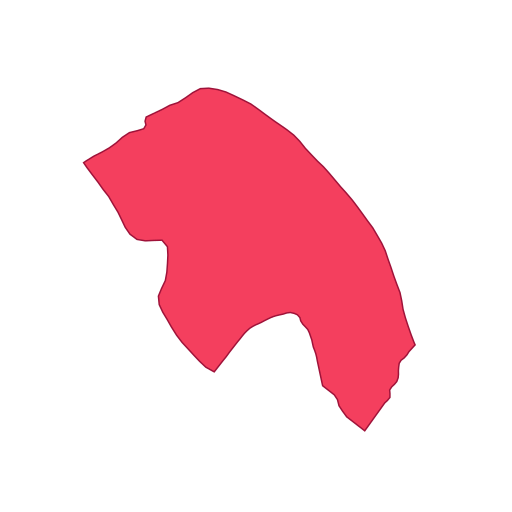 Bayhan, Shabwah, Yemen, rotated 308°
{"feature_id": "15242507B90213953607166", "entity_name": "Bayhan", "entity_type": "district", "adm_level": 2, "iso_a3": "YEM", "parent_name": "Yemen", "parent_adm1": "Shabwah", "projection": "albers", "projection_center": [45.708, 14.757], "detail": "fine", "context": "isolated", "style": "filled", "palette": "rose", "viewbox_px": 512, "rotation_deg": 308, "n_neighbors": 0, "source": "geoboundaries", "source_scale": "gbopen_adm2", "svg_char_len": 2216}
<svg xmlns="http://www.w3.org/2000/svg" viewBox="0 0 512 512"><g transform="rotate(308 256 256)"><path d="M185.2,449.3L219.5,447.9L223.0,448.5L227.0,448.6L230.1,446.2L232.7,443.8L236.6,443.5L240.2,444.1L243.8,444.2L247.5,443.0L250.5,441.1L253.2,438.9L256.5,436.7L259.6,434.9L263.2,434.5L266.9,435.5L271.1,435.8L274.8,435.4L283.9,436.1L285.2,433.7L289.5,426.6L294.4,419.0L299.3,411.7L304.5,404.7L310.4,398.4L315.8,392.0L320.5,384.2L325.0,377.0L329.0,371.0L330.0,369.5L334.7,362.1L339.7,354.6L343.5,347.1L346.9,338.7L350.1,330.6L352.4,322.1L354.9,313.6L357.3,305.1L359.2,297.9L359.5,296.6L361.3,287.8L362.7,279.6L362.9,278.8L364.5,271.2L366.3,262.6L367.8,254.3L368.6,245.9L369.9,237.0L371.2,228.6L373.3,219.9L374.5,211.3L374.5,202.7L374.0,193.4L373.7,188.9L373.5,184.5L373.2,175.8L373.0,167.4L372.6,158.4L370.9,149.6L368.8,140.1L366.7,131.3L363.6,123.4L359.2,115.5L353.6,109.1L345.8,105.6L337.4,103.1L328.8,100.1L321.7,95.3L313.9,91.9L297.9,83.9L293.9,85.6L291.5,88.6L287.2,89.2L281.9,85.5L275.3,80.3L267.2,77.6L259.0,76.2L250.8,73.8L243.0,70.6L234.7,66.7L226.3,63.6L223.4,62.7L221.6,68.4L219.4,76.5L216.9,86.1L214.3,94.7L212.2,103.3L208.8,111.7L205.5,120.4L201.8,127.9L198.1,135.3L195.6,143.3L195.8,152.0L199.8,159.4L205.3,165.8L210.6,172.2L208.8,180.5L202.5,186.0L195.7,190.8L188.4,195.7L180.8,199.7L172.2,201.6L164.3,203.8L158.1,209.7L154.3,217.2L151.3,225.1L148.1,232.8L144.7,242.2L142.4,251.0L141.0,259.6L139.6,267.9L138.3,276.4L137.5,284.9L138.8,293.3L139.0,294.4L143.2,294.4L146.7,294.4L150.2,294.4L153.8,294.4L157.8,294.5L161.4,294.4L163.7,294.3L165.4,294.3L169.6,294.3L173.1,294.3L177.1,294.3L180.6,294.4L184.2,294.4L188.0,294.5L191.5,294.9L195.3,295.6L196.4,296.0L198.6,296.8L201.7,298.2L203.6,299.3L206.9,301.0L210.1,302.4L213.9,304.2L216.9,305.7L217.7,306.3L218.0,306.3L221.1,308.4L224.0,310.7L227.0,313.2L230.1,315.3L232.6,317.8L234.3,321.4L235.2,324.8L234.5,328.5L232.4,331.2L231.1,334.9L230.6,338.5L230.0,342.0L228.3,345.4L226.2,348.6L224.2,351.7L224.1,351.8L221.8,354.5L219.6,357.2L217.7,360.4L215.8,363.3L213.6,366.1L211.1,368.9L196.1,386.8L194.8,388.4L194.8,394.1L194.8,403.2L193.0,408.6L189.1,413.6L187.1,419.5L185.1,426.5L185.2,449.3Z" fill="#f43f5e" stroke="#9f1239" stroke-width="1.5"/></g></svg>